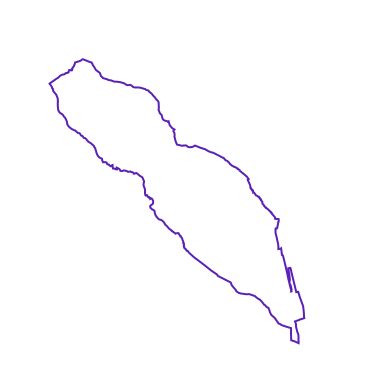 Frumusica, Botosani, Romania, rotated 40°
{"feature_id": "2599482B74523212709144", "entity_name": "Frumusica", "entity_type": "district", "adm_level": 2, "iso_a3": "ROU", "parent_name": "Romania", "parent_adm1": "Botosani", "projection": "natural_earth1", "projection_center": [26.855, 47.52], "detail": "fine", "context": "isolated", "style": "outline", "palette": "violet", "viewbox_px": 384, "rotation_deg": 40, "n_neighbors": 0, "source": "geoboundaries", "source_scale": "gbopen_adm2", "svg_char_len": 5987}
<svg xmlns="http://www.w3.org/2000/svg" viewBox="0 0 384 384"><g transform="rotate(40 192 192)"><path d="M128.7,152.9L128.5,153.7L128.0,153.6L127.6,153.7L124.7,155.0L123.9,155.1L122.2,154.7L120.2,153.2L119.1,152.5L116.7,152.3L113.3,150.3L113.1,149.7L112.3,148.6L108.7,144.7L106.6,144.0L104.9,144.0L102.5,143.3L99.8,143.1L99.1,142.8L97.5,142.6L96.1,142.6L95.6,142.8L94.0,142.5L93.4,142.2L91.6,143.2L91.1,143.3L90.2,143.2L89.8,143.3L88.2,144.1L85.5,145.2L83.2,146.8L81.0,148.7L79.4,149.4L77.4,149.3L75.7,149.7L74.6,151.0L73.4,152.0L69.9,152.4L67.1,153.7L64.7,155.0L61.3,157.5L58.1,158.6L56.5,159.7L55.6,160.0L54.8,160.1L50.5,162.0L49.2,161.7L47.6,161.7L45.7,160.4L44.7,160.0L40.2,160.3L38.5,159.8L36.7,159.1L34.1,158.4L33.3,157.8L32.6,157.7L31.7,157.3L30.7,157.9L23.1,160.4L22.7,160.9L22.5,162.2L21.8,163.9L19.2,167.9L20.2,170.1L20.1,170.3L20.7,171.7L20.6,173.3L20.8,173.5L20.9,174.7L21.5,175.0L21.8,175.8L21.8,176.1L21.4,176.4L21.1,176.4L20.5,176.8L20.4,177.1L19.7,177.3L19.5,177.6L19.7,177.9L19.9,179.0L20.4,179.3L20.5,179.7L20.2,180.6L19.4,181.6L19.1,181.7L18.8,182.3L18.7,183.7L17.1,185.7L16.2,188.0L16.1,190.2L15.4,192.2L13.2,200.5L16.6,201.4L17.4,201.7L18.1,202.4L19.3,202.5L20.4,203.6L21.4,204.0L25.4,204.7L28.6,206.4L29.6,207.2L30.1,207.9L31.4,209.1L31.7,209.9L33.0,211.2L33.3,211.8L36.7,215.1L37.3,215.5L38.3,215.7L39.5,216.3L41.8,216.0L43.5,215.9L44.8,216.4L47.7,216.9L51.1,218.6L51.7,219.1L52.4,220.0L54.0,220.7L55.7,221.1L59.3,221.1L61.1,220.6L61.9,220.5L62.9,220.0L66.3,220.1L68.1,219.3L69.0,219.4L70.4,220.0L71.1,220.0L71.6,219.6L72.0,219.5L74.3,220.1L75.5,219.5L76.3,219.4L80.2,220.1L83.0,219.7L86.4,219.7L87.3,219.8L88.0,220.3L89.3,220.5L90.9,221.5L91.0,221.7L92.1,222.2L92.3,222.4L93.5,223.3L95.8,224.5L97.2,224.9L98.5,225.1L101.8,224.4L102.1,224.6L102.6,225.3L104.7,226.4L106.8,224.6L107.3,224.4L108.2,224.6L109.3,225.2L110.7,224.4L111.8,224.7L113.2,224.5L113.3,223.5L113.8,222.4L114.3,222.8L114.2,223.0L114.5,223.5L115.3,224.0L116.4,224.8L117.7,223.8L118.6,223.8L120.0,222.9L119.9,222.7L120.5,222.4L118.8,222.4L118.6,221.7L121.4,221.1L122.5,221.3L123.5,221.8L124.2,221.5L124.9,221.0L125.5,219.8L125.9,219.3L128.4,217.9L130.0,217.7L131.7,215.8L132.7,215.8L133.3,215.3L134.3,215.0L135.0,215.0L135.6,215.4L135.9,215.3L136.8,213.7L137.2,213.2L138.5,213.1L142.0,213.1L142.9,212.9L144.2,212.7L145.4,213.0L145.9,213.4L148.4,214.6L149.0,215.5L149.6,216.8L150.5,217.9L152.1,219.0L153.3,219.5L155.0,220.9L156.7,223.1L158.3,224.4L158.9,224.4L159.3,223.6L159.7,223.3L160.3,223.8L160.9,224.0L162.1,224.0L162.0,223.5L162.2,223.4L163.2,223.8L163.5,223.5L163.7,223.4L164.1,223.9L164.5,224.2L164.8,223.5L165.2,222.9L165.5,222.9L166.6,223.2L168.1,223.9L169.5,225.8L169.5,226.9L169.0,228.7L169.0,229.5L169.4,230.2L170.6,230.8L172.4,230.9L174.9,230.5L175.7,230.7L176.5,231.6L177.7,232.3L178.7,233.1L180.0,233.5L180.9,233.9L181.7,233.8L183.3,234.2L184.4,234.1L185.6,233.7L186.2,233.2L187.3,233.1L189.8,233.2L190.8,233.5L191.2,233.8L191.7,233.8L192.5,234.2L194.8,234.2L195.5,234.4L198.1,234.8L201.2,234.6L201.3,234.8L202.2,234.8L202.2,234.6L206.0,234.5L206.0,234.2L208.1,232.2L208.8,232.6L209.4,232.6L209.7,232.8L210.9,233.0L211.5,233.4L211.9,233.1L212.4,233.4L212.8,233.4L213.2,233.7L214.1,233.8L215.9,235.0L217.0,235.4L217.7,236.1L217.9,236.7L218.7,236.6L219.3,236.9L219.7,237.7L220.0,238.0L220.1,238.3L220.7,238.4L221.1,239.3L222.1,239.6L222.3,239.9L223.1,239.9L223.5,239.7L225.4,240.3L226.1,240.3L226.4,239.9L228.5,240.4L235.1,240.7L249.4,240.0L257.5,239.8L264.4,239.1L265.6,239.7L279.8,236.4L282.3,237.8L283.0,238.0L288.8,239.0L289.4,239.2L289.6,239.5L291.7,239.4L292.6,239.2L294.6,238.4L299.5,235.3L301.5,233.4L307.1,231.3L309.0,231.4L311.3,231.2L313.6,230.8L316.3,231.2L319.8,232.0L320.9,231.7L322.4,232.1L322.7,232.0L324.2,232.0L324.9,231.6L327.4,232.9L329.3,234.2L331.9,235.2L336.3,235.3L343.0,237.1L344.3,236.5L345.5,236.5L347.0,236.1L351.9,234.1L355.4,232.6L359.1,237.1L363.3,241.8L367.1,240.3L370.8,239.3L369.8,238.0L368.8,237.1L367.5,235.4L365.3,233.0L362.2,231.2L358.5,228.5L357.0,226.9L356.9,226.6L354.1,224.9L355.6,222.3L355.9,222.0L356.4,221.0L356.5,220.3L357.3,219.4L359.1,216.4L358.3,215.8L354.7,212.0L350.6,208.1L341.8,203.0L337.5,200.2L336.3,201.7L316.2,186.9L314.8,188.5L318.1,191.5L317.6,192.0L318.2,192.5L318.9,192.0L323.6,196.5L324.0,197.7L324.8,198.6L325.6,199.2L326.6,199.8L327.6,200.1L331.0,202.7L331.0,203.1L332.1,204.1L331.9,204.5L330.7,203.1L329.5,202.4L321.3,196.4L316.7,192.7L306.0,184.7L302.5,182.2L302.1,182.2L301.6,182.5L301.3,182.4L298.3,179.5L296.5,177.9L296.4,178.4L294.8,180.2L294.1,179.2L291.3,176.4L287.1,173.2L286.1,172.3L285.5,172.0L281.8,169.2L281.1,168.1L280.7,167.9L279.5,166.1L279.6,165.9L280.4,165.5L280.4,164.7L279.5,163.3L278.8,161.8L277.4,159.6L277.5,159.1L276.7,158.0L275.7,157.1L273.0,159.1L271.7,158.0L266.7,157.2L266.7,156.9L266.1,156.8L265.9,156.6L264.8,156.6L264.8,156.8L261.4,156.4L259.0,156.6L258.8,156.3L258.3,156.4L258.3,156.6L256.4,156.3L255.9,156.2L255.7,155.9L253.3,155.6L252.2,154.3L250.1,154.0L249.7,153.3L248.3,153.5L248.1,153.1L247.0,152.8L246.7,152.7L246.6,153.1L244.4,153.0L243.3,153.5L240.2,152.6L239.2,152.5L239.1,153.0L237.6,151.6L237.0,151.5L236.9,152.1L234.4,151.4L234.5,151.0L233.6,150.7L232.1,149.4L227.0,146.9L226.8,146.8L227.1,145.7L224.2,145.0L221.5,144.9L217.2,145.0L214.8,145.0L214.4,144.6L213.2,144.7L212.5,145.0L212.2,144.7L211.7,144.6L211.1,145.0L209.4,145.0L208.1,145.7L206.3,145.9L205.4,146.2L204.1,146.0L203.4,146.2L201.1,145.6L199.9,145.7L199.0,145.5L197.8,146.0L196.1,146.0L195.0,145.6L193.9,145.7L193.5,146.0L190.3,146.6L183.0,148.3L182.3,148.6L181.4,149.2L178.6,150.1L174.2,150.9L172.6,151.7L171.2,152.1L170.3,152.6L164.4,154.5L163.8,156.5L163.1,157.3L162.5,158.3L161.2,159.4L159.7,160.1L158.4,160.0L157.6,160.1L156.9,160.6L156.7,161.0L155.6,161.8L155.3,162.4L154.8,162.9L150.1,165.3L149.1,164.9L146.1,163.2L144.8,162.1L143.1,161.1L142.7,160.3L140.8,158.2L139.0,157.6L138.3,156.8L138.4,155.4L135.9,155.8L132.5,155.3L131.2,154.7L128.7,152.9Z" fill="none" stroke="#5b21b6" stroke-width="2"/></g></svg>